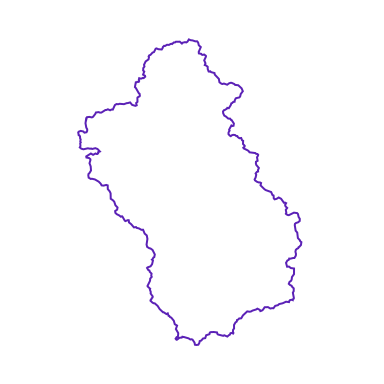 Valle d'Aosta, Aoste, Italy (orthographic projection), rotated 76°
{"feature_id": "23120603B46910528128522", "entity_name": "Valle d'Aosta", "entity_type": "district", "adm_level": 2, "iso_a3": "ITA", "parent_name": "Italy", "parent_adm1": "Aoste", "projection": "orthographic", "projection_center": [7.355, 45.727], "detail": "fine", "context": "isolated", "style": "outline", "palette": "violet", "viewbox_px": 384, "rotation_deg": 76, "n_neighbors": 0, "source": "geoboundaries", "source_scale": "gbopen_adm2", "svg_char_len": 6022}
<svg xmlns="http://www.w3.org/2000/svg" viewBox="0 0 384 384"><g transform="rotate(76 192 192)"><path d="M321.3,120.4L320.5,120.1L320.2,119.2L319.6,118.8L314.1,118.5L312.8,117.3L310.1,116.6L308.0,117.9L307.1,118.0L305.9,119.4L304.5,120.3L302.8,119.1L302.1,117.3L300.9,116.4L298.7,115.6L296.4,112.9L290.9,111.5L289.7,114.5L287.8,116.0L287.5,117.8L283.5,117.9L281.6,116.1L281.2,114.5L280.1,113.8L280.5,112.8L280.5,110.0L280.8,108.6L278.9,106.7L277.3,106.1L275.0,106.1L273.3,105.3L272.6,104.2L272.2,102.5L271.3,101.9L271.2,101.2L269.8,99.1L267.1,98.0L266.0,98.9L264.9,99.0L262.3,100.4L256.8,99.7L254.6,100.8L249.0,100.3L247.8,99.8L247.2,98.5L247.1,96.5L246.2,94.5L244.1,93.9L241.9,94.6L239.0,94.5L237.9,95.1L236.7,98.1L237.9,103.6L237.6,104.5L236.6,105.7L235.8,106.2L234.9,105.5L232.0,105.3L230.5,103.5L228.6,104.7L227.1,104.8L225.6,103.4L224.8,104.3L224.7,105.4L220.1,107.2L218.3,109.2L219.1,111.6L219.1,113.6L218.0,114.2L215.1,113.7L214.3,114.7L211.2,115.2L207.9,120.1L206.7,121.1L202.1,123.9L200.0,122.8L199.1,123.8L198.9,124.9L197.7,126.6L195.9,128.1L194.9,128.2L193.4,126.8L190.8,125.5L189.4,125.8L188.2,124.2L188.1,122.9L186.7,122.7L184.9,121.3L181.2,123.1L179.7,123.1L178.1,122.6L177.6,120.8L174.0,120.5L172.6,119.1L171.9,118.8L171.0,119.3L170.5,120.5L169.5,121.2L167.4,126.6L165.9,127.2L164.9,128.1L162.2,131.3L161.4,131.5L160.7,130.0L159.9,129.7L157.7,130.9L154.7,130.0L153.9,130.9L151.5,131.2L151.3,133.0L149.6,134.4L148.7,134.5L148.1,135.8L147.1,136.5L146.5,138.2L146.6,139.7L147.2,140.9L146.3,141.8L144.6,142.6L143.0,142.1L141.6,140.7L140.7,141.0L139.7,140.2L137.0,137.7L137.7,137.1L137.8,135.7L135.7,134.8L131.7,136.2L131.4,136.8L130.1,137.2L129.5,139.1L127.0,140.8L125.7,142.2L123.1,142.7L121.3,142.4L120.3,141.1L120.4,140.6L119.6,138.0L118.9,137.4L119.6,136.0L117.1,133.4L115.5,132.4L115.4,131.4L114.7,130.5L114.7,128.8L113.8,128.6L111.8,127.0L111.6,126.4L111.7,123.3L111.0,122.2L108.7,121.0L106.5,118.3L103.4,118.8L99.6,121.3L98.5,124.3L97.5,124.8L95.7,127.1L95.4,128.0L95.5,129.7L96.4,131.9L94.5,134.8L94.6,136.2L94.1,137.2L92.2,138.8L88.7,138.6L83.6,141.5L82.0,141.4L80.3,144.5L79.3,145.1L79.4,146.3L79.1,146.7L76.5,147.0L74.3,146.5L72.8,147.6L71.9,148.9L70.3,147.8L67.2,148.3L64.0,145.7L63.2,145.6L61.5,147.0L61.6,148.4L61.0,149.4L60.2,149.6L59.2,151.8L57.7,151.6L53.5,148.4L51.3,149.9L48.4,149.9L47.0,150.6L46.6,152.4L45.1,154.7L44.3,156.8L43.2,158.1L45.1,160.1L45.5,161.4L44.9,162.5L44.9,165.2L45.5,165.9L43.2,167.5L42.3,171.3L42.8,172.4L42.5,173.5L43.6,175.5L43.2,176.0L43.2,177.0L43.7,178.8L43.1,180.6L43.8,182.9L43.4,183.7L44.3,185.2L45.4,185.8L46.4,186.9L45.3,190.1L44.1,191.7L44.2,192.6L47.0,195.0L47.2,196.6L48.9,199.1L49.1,200.5L50.0,201.3L50.7,201.1L52.8,202.1L54.1,205.4L57.0,207.8L58.8,207.8L60.0,209.3L62.3,210.0L63.6,209.2L66.3,211.1L67.8,209.5L68.8,209.5L69.8,211.4L69.4,212.2L69.7,213.5L69.6,214.4L68.8,215.7L70.1,216.4L71.5,216.4L72.3,217.1L71.8,218.5L72.2,219.2L72.0,220.0L76.4,222.0L77.6,221.3L83.3,219.7L84.0,219.1L86.0,219.3L86.5,219.7L87.0,221.8L87.4,222.2L91.3,223.1L92.2,224.7L94.5,224.7L94.7,226.1L93.0,229.0L90.1,230.4L90.2,232.8L90.0,233.7L90.3,236.8L88.9,240.9L89.0,242.3L88.4,244.0L89.0,245.8L92.9,248.9L92.5,250.1L92.9,251.7L91.4,253.6L91.7,255.1L91.5,256.2L93.0,260.7L92.7,262.1L91.9,263.3L91.6,266.0L92.8,266.9L95.1,269.8L95.4,271.1L94.3,273.4L94.0,275.8L94.2,276.0L96.6,277.3L96.3,277.4L99.5,278.7L104.0,279.0L105.7,278.5L107.3,278.9L108.5,279.9L108.4,282.0L107.0,282.8L105.8,285.2L106.1,287.4L106.7,288.0L109.5,288.2L109.8,287.6L110.9,287.2L113.1,287.6L114.0,287.3L116.0,288.2L116.9,287.9L117.7,288.7L120.4,289.1L121.6,290.1L123.2,288.9L124.3,287.0L124.4,282.5L125.4,280.3L125.4,279.4L126.1,278.5L126.1,275.2L127.4,273.3L130.4,271.6L130.7,273.5L131.7,273.7L132.2,274.5L132.1,275.2L131.3,276.3L132.0,279.0L130.2,280.8L131.9,286.0L133.0,286.1L134.2,283.6L135.6,282.7L136.4,282.8L139.3,284.5L142.6,284.1L146.7,284.8L148.8,286.9L149.5,288.1L150.8,288.6L153.1,288.8L154.9,287.0L154.9,286.0L156.3,283.2L159.4,280.0L161.8,278.6L163.7,278.1L164.4,276.3L164.4,273.5L165.2,272.2L168.8,273.0L171.5,271.7L173.6,271.3L178.9,272.5L180.8,270.8L182.6,269.8L186.4,269.5L189.0,268.0L191.0,268.9L191.9,271.2L193.7,271.4L195.3,270.4L197.1,268.3L198.8,267.0L198.6,265.8L199.2,265.4L203.4,264.2L204.1,263.7L203.8,260.9L204.1,260.2L206.3,260.5L208.5,258.8L212.3,256.9L212.5,254.8L213.4,254.4L214.5,252.3L216.4,250.3L216.8,248.6L220.9,248.0L223.2,246.4L226.7,246.6L232.0,248.8L234.4,248.8L236.2,247.1L236.8,245.9L238.7,244.3L243.6,243.2L246.1,244.4L246.3,245.4L247.4,246.2L247.9,247.2L249.1,246.5L252.4,248.2L254.1,250.2L254.4,253.4L254.8,254.0L257.1,253.3L257.9,252.3L259.2,252.3L261.4,251.0L263.4,251.8L264.6,251.6L265.9,253.5L268.0,254.2L272.4,257.9L272.9,257.9L275.8,256.0L276.5,256.5L279.0,256.2L280.5,256.7L283.8,255.4L284.8,255.8L285.6,257.1L286.3,257.4L286.9,258.4L287.5,258.6L289.8,257.1L290.7,256.1L291.0,255.1L294.2,252.9L297.8,251.7L301.7,249.2L301.8,248.6L304.3,246.3L303.9,244.9L306.5,244.7L306.8,244.0L308.0,243.6L308.9,242.5L312.5,240.8L316.1,240.7L318.0,238.8L321.1,240.8L325.5,239.5L326.4,239.7L329.0,240.7L329.1,242.0L330.4,243.4L331.6,242.8L331.7,242.4L330.4,239.3L330.8,237.2L330.1,236.4L330.6,235.6L330.6,235.2L333.2,230.7L334.7,229.3L334.8,228.0L335.4,227.2L338.7,226.0L340.9,226.1L341.5,224.8L341.7,222.8L340.1,221.3L338.5,220.6L338.4,219.0L336.8,216.7L337.0,214.5L334.4,212.9L334.2,209.5L332.7,208.7L332.5,207.7L333.1,204.8L334.3,201.7L335.8,201.7L336.6,201.2L339.1,196.5L338.8,195.4L340.8,192.7L339.8,190.8L339.6,189.8L338.3,188.8L338.4,187.6L339.3,186.3L338.8,185.9L337.5,186.1L335.7,185.5L334.6,184.2L331.2,183.4L329.1,181.4L328.5,179.9L327.1,179.3L326.9,177.9L326.1,176.8L326.5,175.1L326.4,174.7L324.1,172.5L321.2,167.3L322.1,165.1L322.2,163.7L321.7,162.0L321.5,158.2L321.0,156.8L322.8,154.7L324.1,154.5L324.0,153.0L323.4,151.6L321.4,149.4L322.1,146.1L324.0,144.2L324.1,142.3L324.5,141.1L322.6,138.8L322.6,136.0L321.8,134.5L321.9,131.0L321.2,127.3L322.3,124.5L321.1,123.8L320.6,123.0L320.7,121.2L321.3,120.4Z" fill="none" stroke="#5b21b6" stroke-width="2"/></g></svg>